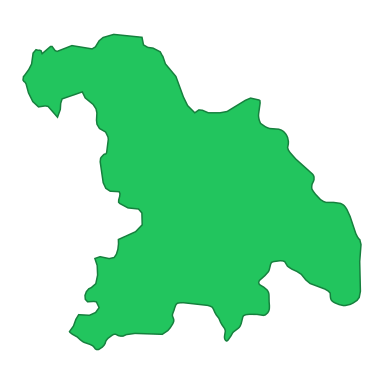 the Province of Alessandria
{"feature_id": "ITA-5439", "entity_name": "Alessandria", "entity_type": "Province", "adm_level": 1, "iso_a3": "ITA", "parent_name": "Italy", "parent_adm1": "", "projection": "orthographic", "projection_center": [8.655, 44.843], "detail": "fine", "context": "isolated", "style": "filled", "palette": "green", "viewbox_px": 384, "rotation_deg": 0, "n_neighbors": 0, "source": "natural_earth", "source_scale": "10m", "svg_char_len": 3681}
<svg xmlns="http://www.w3.org/2000/svg" viewBox="0 0 384 384"><path d="M113.7,34.4L142.0,37.3L143.5,44.9L147.8,47.4L153.0,48.1L160.2,51.8L162.2,55.6L162.8,56.3L165.4,63.9L175.9,76.5L183.4,97.0L187.6,105.6L194.8,112.8L198.9,109.9L202.5,110.3L208.3,112.8L220.0,112.8L227.1,111.5L245.4,100.3L250.6,98.1L259.0,100.0L259.9,100.6L260.1,103.0L258.6,113.9L258.5,115.8L258.7,117.6L259.0,119.2L259.4,120.6L259.9,121.9L260.5,123.3L261.1,123.8L265.4,126.8L267.6,127.8L269.6,128.5L278.7,129.2L281.3,130.1L283.5,131.5L284.1,132.1L285.6,133.8L286.6,135.4L287.6,137.6L288.4,141.6L288.3,144.0L287.6,147.6L288.3,149.9L289.9,152.4L295.8,159.1L312.5,174.1L313.4,175.3L314.0,176.9L314.0,179.6L313.5,181.2L312.1,184.1L311.8,185.8L311.7,187.5L311.9,189.1L313.3,191.4L315.4,194.2L320.5,199.6L323.5,201.5L326.0,202.4L333.5,202.4L340.5,203.4L341.9,204.1L343.1,204.8L344.2,205.7L345.5,207.3L346.9,209.5L350.1,216.5L355.8,233.6L357.4,236.8L358.7,238.7L359.8,239.7L361.0,244.6L359.7,261.5L360.4,291.2L359.2,297.5L357.0,300.4L353.1,303.0L350.2,304.4L345.4,305.5L343.6,305.6L339.2,304.6L335.0,302.9L333.4,302.0L332.1,301.0L331.2,299.9L330.7,298.6L330.4,296.9L330.2,293.1L328.3,291.1L325.0,289.1L310.1,283.5L305.8,279.9L301.3,274.3L297.0,271.5L291.8,269.1L289.3,267.5L287.5,266.2L284.7,261.6L282.8,260.9L280.2,260.7L273.5,261.6L271.7,262.3L271.0,263.3L270.6,264.3L269.2,269.9L268.7,271.1L268.3,271.8L264.9,275.6L259.6,280.3L258.9,281.5L258.7,282.8L259.1,284.0L260.1,285.0L263.8,287.2L267.1,290.0L267.8,291.1L268.5,292.5L268.9,294.1L269.0,295.9L269.1,301.8L269.4,305.4L269.4,307.2L269.3,309.0L268.8,310.9L267.7,312.8L265.3,314.9L263.5,315.4L257.1,314.4L249.3,314.3L245.8,314.7L243.5,315.7L242.8,317.0L241.2,323.5L240.6,325.0L240.0,326.3L239.1,327.5L238.1,328.4L233.5,331.9L232.6,332.9L231.0,335.8L228.1,340.0L227.2,340.8L226.5,341.0L225.6,340.4L224.9,339.3L224.5,337.9L224.5,336.3L225.3,331.4L225.1,329.8L224.5,328.4L222.1,325.0L220.6,322.4L218.9,318.3L216.3,315.0L214.8,312.3L213.6,309.5L212.9,308.2L212.1,307.1L210.3,306.2L207.8,305.4L183.4,302.7L180.0,302.8L177.5,303.2L176.3,304.2L175.6,305.4L174.5,308.4L174.1,309.9L173.0,312.8L172.5,314.3L172.4,315.8L172.9,317.2L173.4,318.4L173.8,319.9L173.7,321.4L173.2,322.8L172.5,324.2L170.2,327.8L167.8,330.6L162.3,334.3L135.0,333.4L126.3,334.6L123.1,336.1L120.6,336.1L118.3,335.6L115.6,334.2L114.0,334.3L112.6,334.9L108.1,338.2L107.2,339.2L106.5,340.1L106.0,340.8L105.5,342.1L105.1,343.5L104.0,345.3L102.3,347.1L98.7,349.5L96.7,349.6L95.3,348.9L94.5,347.7L93.6,346.7L92.6,345.7L90.0,344.4L84.2,342.4L82.7,341.6L80.3,339.8L77.3,337.0L72.3,334.2L70.0,332.4L69.5,331.6L73.5,326.0L75.9,319.3L78.7,314.7L89.4,315.3L95.6,312.5L99.1,307.6L96.4,301.9L93.9,301.4L87.6,301.8L85.3,299.3L85.0,295.4L86.4,291.6L88.8,288.8L91.3,287.6L95.8,283.7L97.6,275.1L97.2,265.5L94.9,258.5L100.1,256.7L109.2,258.6L114.2,257.5L116.4,254.2L117.9,249.3L118.5,244.0L118.4,239.5L135.6,231.7L142.2,224.8L141.9,213.0L138.5,209.0L128.0,207.9L119.8,203.5L118.6,202.2L118.7,199.9L119.6,196.7L120.0,193.8L119.2,191.7L110.2,191.2L105.8,188.3L103.2,182.7L100.2,161.8L100.6,158.3L101.2,157.3L103.8,154.5L104.4,154.2L104.6,154.1L105.5,154.1L105.8,153.9L106.2,153.5L106.4,153.1L106.7,152.1L108.3,139.4L108.0,137.0L105.6,132.0L99.5,128.5L97.0,124.3L96.5,120.2L96.9,113.0L96.0,108.8L93.1,104.4L85.2,97.9L82.3,91.9L62.1,98.9L60.7,103.3L60.3,109.5L57.5,117.2L48.1,106.4L45.2,105.9L38.5,106.9L32.8,101.6L28.5,92.9L26.1,84.0L25.1,82.3L23.9,81.4L23.0,80.0L23.5,76.4L24.1,76.0L28.8,69.5L31.6,64.0L33.1,53.1L36.0,49.7L38.1,50.3L39.7,50.2L41.1,50.8L42.1,53.7L50.5,46.5L52.1,46.5L55.1,50.6L57.1,51.4L71.9,45.6L92.1,48.9L95.4,46.9L99.2,40.7L103.1,37.5L113.7,34.4Z" fill="#22c55e" stroke="#15803d" stroke-width="1.5"/></svg>